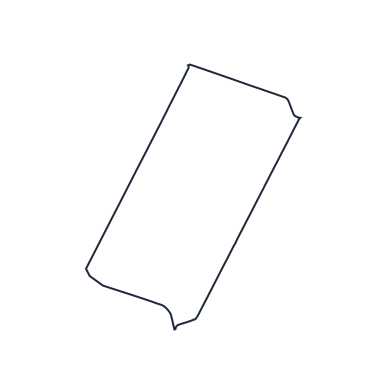 Shaykh Zayed, Al Jizah, Egypt (Equal Earth projection), rotated 240°
{"feature_id": "37247803B86158206640686", "entity_name": "Shaykh Zayed", "entity_type": "district", "adm_level": 2, "iso_a3": "EGY", "parent_name": "Egypt", "parent_adm1": "Al Jizah", "projection": "equal_earth", "projection_center": [30.979, 30.049], "detail": "fine", "context": "isolated", "style": "outline", "palette": "slate", "viewbox_px": 384, "rotation_deg": 240, "n_neighbors": 0, "source": "geoboundaries", "source_scale": "gbopen_adm2", "svg_char_len": 3795}
<svg xmlns="http://www.w3.org/2000/svg" viewBox="0 0 384 384"><g transform="rotate(240 192 192)"><path d="M201.9,322.4L202.0,322.4L202.3,322.4L202.3,322.5L203.1,321.6L203.8,321.0L205.0,320.1L205.2,319.9L205.4,319.8L205.6,319.7L205.8,319.6L206.0,319.5L206.0,319.4L206.3,319.3L206.4,319.2L206.5,319.2L206.8,319.1L207.0,319.0L207.3,319.0L207.5,318.9L207.8,318.9L208.0,318.9L208.3,318.9L208.5,318.9L208.8,318.9L209.0,318.9L209.3,319.0L210.6,319.2L211.7,319.3L217.6,320.3L221.2,320.9L223.0,321.0L223.3,321.1L223.5,321.1L223.8,321.1L224.0,321.1L224.4,321.0L224.5,321.0L224.9,321.0L225.0,320.9L225.3,320.8L225.5,320.8L225.7,320.7L225.8,320.7L226.0,320.6L226.3,320.5L226.4,320.4L226.5,320.4L226.8,320.2L227.1,320.1L229.0,318.4L235.5,312.8L242.4,306.8L243.3,306.0L247.1,302.8L248.4,301.6L253.5,297.1L256.6,294.4L257.9,293.3L261.3,290.4L264.8,287.4L267.6,285.0L268.2,284.5L270.1,282.9L272.8,280.5L281.4,273.1L283.0,271.7L286.5,268.7L288.9,266.6L291.9,264.0L294.1,262.1L296.0,260.4L297.8,258.8L300.1,256.9L300.9,256.1L301.5,255.6L302.4,254.8L303.4,253.9L303.4,253.6L303.4,253.4L303.5,253.0L303.7,251.9L303.4,251.9L302.9,251.9L302.4,251.8L302.0,251.7L301.9,251.6L301.4,251.2L301.2,250.9L300.9,250.6L300.8,250.4L300.7,250.3L300.1,249.4L298.4,246.8L297.7,245.8L297.2,245.0L295.6,242.7L293.8,239.9L292.4,237.8L290.9,235.6L289.9,233.9L289.6,233.4L289.5,233.2L288.4,231.5L287.7,230.5L287.6,230.4L286.2,228.1L285.9,227.8L285.9,227.7L284.4,225.4L283.3,223.8L283.2,223.6L282.3,222.2L281.6,221.1L279.5,217.9L278.9,216.9L276.0,212.5L274.5,210.3L274.4,210.1L274.2,209.9L269.8,203.1L268.9,201.7L266.6,198.3L265.8,197.0L263.7,193.7L261.6,190.4L261.3,190.0L259.9,187.8L259.1,186.6L259.0,186.4L258.8,186.1L258.4,185.5L257.6,184.3L257.5,184.1L257.3,183.8L256.4,182.4L255.2,180.5L253.7,178.2L253.5,177.8L252.2,175.9L250.3,173.0L248.4,170.0L247.0,167.8L246.1,166.4L245.9,166.1L245.7,165.8L243.7,162.7L242.9,161.5L242.0,160.0L241.8,159.8L241.7,159.6L241.2,158.8L239.4,156.0L238.2,154.1L238.1,153.9L237.8,153.6L237.7,153.4L214.6,117.7L214.2,117.0L214.0,116.8L213.9,116.6L178.5,61.8L170.4,61.4L156.1,67.8L155.0,68.5L130.3,90.8L123.1,97.2L118.2,101.5L113.0,105.9L110.4,108.3L109.5,109.1L109.2,109.3L109.0,109.5L108.3,109.9L107.4,110.4L106.5,110.9L105.2,111.3L104.1,111.6L102.6,112.0L101.3,112.2L100.0,112.4L98.0,112.5L96.8,112.4L95.9,112.3L94.6,111.9L92.4,111.3L87.0,109.6L83.4,108.5L81.8,108.0L81.7,108.2L81.6,108.7L81.5,109.0L82.4,109.8L82.6,110.0L82.8,110.2L83.1,110.7L83.5,111.5L83.6,111.9L83.7,112.3L83.8,113.0L83.8,113.3L83.8,113.5L83.3,116.2L83.2,116.5L83.1,117.0L82.5,119.6L81.9,122.2L81.5,124.2L81.0,126.6L80.8,127.7L80.8,128.5L80.8,128.9L80.8,129.0L80.7,129.0L80.5,129.5L80.4,129.7L80.3,130.0L80.4,131.1L80.4,131.5L80.4,132.0L80.8,132.8L80.9,133.0L81.0,133.2L81.1,133.5L81.3,134.1L81.5,134.4L81.6,134.5L81.9,134.9L82.1,135.1L82.2,135.4L82.7,136.4L84.5,139.1L88.6,145.5L90.0,147.7L90.1,147.8L91.6,150.2L92.7,151.9L94.6,154.9L96.0,157.0L97.5,159.4L98.7,161.3L99.3,162.1L106.6,173.5L108.3,176.1L109.8,178.4L113.2,183.7L115.7,187.7L119.3,193.3L124.2,200.8L124.6,201.5L125.7,203.5L125.8,203.6L126.2,204.4L126.4,204.6L126.6,204.8L127.7,206.4L127.8,206.5L130.1,210.0L135.7,218.7L136.4,219.8L136.6,220.1L136.8,220.4L138.8,223.5L141.4,227.6L141.5,227.8L141.7,228.1L144.3,232.2L147.3,236.8L150.7,242.1L150.9,242.4L151.1,242.7L152.2,244.4L153.1,245.8L157.4,252.5L158.5,254.3L159.5,255.8L161.7,259.1L164.1,262.9L167.0,267.4L167.1,267.5L169.9,271.9L172.7,276.2L175.2,280.2L175.9,281.4L176.6,282.4L177.5,283.8L179.6,287.0L181.6,290.1L182.0,290.8L182.8,292.0L182.9,292.3L183.1,292.5L186.1,297.2L187.8,299.9L190.3,303.7L191.1,304.9L191.8,306.1L192.6,307.2L193.5,308.7L195.0,310.9L195.1,311.0L195.9,312.3L198.0,315.6L198.1,315.8L199.8,318.4L200.7,319.7L201.7,321.2L201.9,322.4Z" fill="none" stroke="#1e293b" stroke-width="2"/></g></svg>